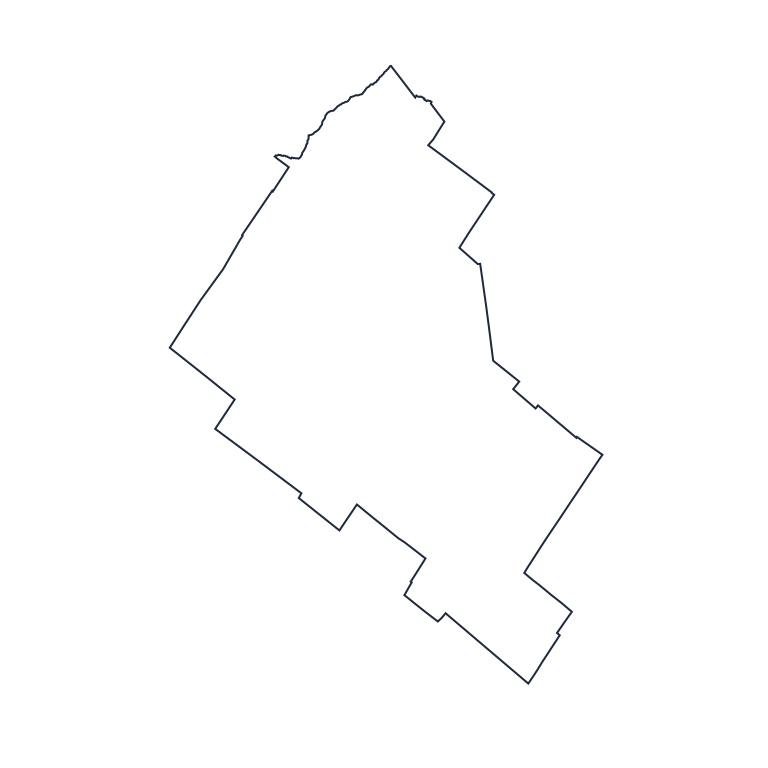 the district of Cañuelas, Buenos Aires, Argentina, rotated 353°
{"feature_id": "61730980B51566599298610", "entity_name": "Cañuelas", "entity_type": "district", "adm_level": 2, "iso_a3": "ARG", "parent_name": "Argentina", "parent_adm1": "Buenos Aires", "projection": "equal_earth", "projection_center": [-58.695, -35.156], "detail": "fine", "context": "isolated", "style": "outline", "palette": "slate", "viewbox_px": 768, "rotation_deg": 353, "n_neighbors": 0, "source": "geoboundaries", "source_scale": "gbopen_adm2", "svg_char_len": 5243}
<svg xmlns="http://www.w3.org/2000/svg" viewBox="0 0 768 768"><g transform="rotate(353 384 384)"><path d="M391.3,93.9L390.2,94.3L389.3,94.6L388.8,94.7L388.0,94.8L387.2,95.0L386.9,95.1L385.9,95.1L385.6,95.5L384.6,96.9L383.0,98.6L382.5,98.9L381.8,99.2L381.1,99.4L380.8,99.3L380.1,99.3L379.7,99.5L378.8,99.9L378.3,100.1L377.9,100.1L376.8,100.3L376.1,100.7L375.6,101.2L374.9,101.2L373.9,101.7L372.7,102.4L372.2,102.5L371.3,103.1L370.3,104.1L369.3,104.9L368.1,105.7L367.8,106.0L367.5,106.4L366.8,106.6L366.3,106.5L365.8,106.5L365.6,106.5L365.2,106.6L364.5,106.6L364.1,106.8L363.2,106.9L363.0,107.1L361.7,107.6L360.6,108.3L359.6,109.5L358.7,110.4L358.4,110.9L358.3,111.5L358.1,111.9L357.6,113.1L357.1,113.6L356.6,114.3L356.0,114.7L355.5,115.2L355.3,115.5L354.9,116.0L354.6,116.7L354.6,116.9L354.6,117.4L354.3,118.0L354.0,118.9L353.3,119.8L352.8,120.5L352.2,120.9L351.6,121.9L350.4,123.2L348.9,124.3L348.0,124.7L347.6,125.0L347.2,125.1L346.7,125.4L346.1,125.7L345.4,126.0L344.5,126.9L344.0,127.2L343.0,127.6L342.0,127.8L339.9,128.0L339.5,128.1L339.3,128.7L339.3,129.9L339.1,130.7L339.0,131.1L338.9,131.5L338.7,132.0L338.3,132.4L338.2,132.6L338.0,132.8L337.9,133.1L337.7,133.4L337.5,133.6L337.5,134.0L337.5,134.5L337.4,134.8L337.4,135.0L337.3,135.5L337.0,136.1L336.8,136.2L336.6,136.4L336.4,136.5L336.3,136.9L336.1,137.1L335.8,137.4L335.6,138.1L335.5,138.7L335.3,139.1L335.1,139.4L334.8,139.8L334.7,139.9L334.4,140.3L334.2,140.8L333.9,141.2L333.6,141.6L333.4,141.9L333.1,142.2L332.9,142.4L332.7,142.7L332.5,143.1L332.2,143.2L331.9,143.6L331.7,143.9L331.4,144.2L331.0,144.7L330.7,145.4L330.6,146.0L330.4,146.4L330.1,146.9L329.5,147.4L329.2,147.8L329.1,148.2L328.9,148.5L328.6,148.8L328.3,148.9L328.1,149.1L327.7,149.3L327.3,149.6L326.8,149.9L326.4,149.9L326.1,149.7L325.8,149.5L325.1,149.4L324.7,149.3L324.2,149.2L323.7,149.2L323.2,149.1L322.8,148.9L322.2,148.8L321.6,148.8L321.3,148.5L320.9,148.3L320.5,148.2L320.0,148.0L319.8,148.1L319.6,148.5L319.4,148.7L319.2,148.9L318.8,148.7L318.3,148.4L317.9,148.1L317.4,147.8L317.0,147.6L316.6,147.3L316.1,147.0L316.0,146.6L315.7,146.4L315.0,146.2L314.4,146.2L314.1,145.8L313.8,145.5L313.4,145.4L313.0,145.3L312.6,145.1L312.3,145.1L311.9,145.3L311.5,145.4L311.2,145.3L310.9,145.1L310.7,145.0L310.2,144.8L309.8,144.7L309.5,144.2L309.1,144.1L308.5,144.1L308.0,144.0L307.8,143.9L307.4,143.6L307.0,143.7L306.5,144.0L305.8,144.1L305.3,144.2L304.8,144.1L304.4,144.0L304.1,144.3L303.8,144.6L303.3,144.9L305.7,147.5L315.9,157.2L297.1,179.4L296.6,178.6L274.0,204.4L261.7,218.4L261.3,219.0L261.8,219.7L258.5,223.6L238.4,250.3L212.2,278.4L192.3,302.1L175.8,321.9L206.9,353.4L233.9,381.2L211.0,408.0L246.3,441.6L288.7,482.4L285.5,486.8L321.9,523.9L342.4,500.3L357.0,515.6L364.2,523.0L379.5,538.9L385.3,543.8L403.9,562.2L394.2,574.1L386.4,583.5L387.3,584.3L378.5,596.1L380.1,597.7L387.1,604.9L396.9,614.9L408.5,626.3L413.0,623.0L417.2,619.0L418.7,620.7L490.7,698.9L498.1,690.4L501.7,686.1L507.0,679.4L518.1,666.3L527.8,654.8L525.4,652.2L535.1,641.3L542.7,633.0L533.5,623.0L524.4,613.9L514.6,603.5L506.7,595.6L505.0,593.8L500.2,588.6L504.0,583.8L512.6,573.5L521.8,562.4L528.7,554.3L540.1,541.2L546.1,534.2L555.1,523.7L563.6,513.9L566.7,510.3L574.9,500.7L589.4,483.9L592.2,480.9L569.0,460.0L568.4,460.9L534.2,424.0L531.5,426.8L511.6,404.9L518.5,398.1L495.2,374.2L495.1,346.3L494.9,319.7L494.1,276.4L491.7,276.4L475.4,258.0L486.8,244.1L516.4,209.6L514.2,207.5L514.3,207.0L490.7,184.4L457.0,152.4L461.1,148.7L462.6,147.4L469.9,138.3L475.9,130.9L464.6,111.4L465.6,109.9L465.4,109.7L465.2,109.5L465.0,109.3L464.7,109.0L464.5,108.9L464.1,108.7L463.8,108.7L463.6,108.5L463.3,108.4L463.0,108.3L462.6,108.3L462.4,108.1L462.0,107.9L461.7,107.9L461.4,108.1L461.1,108.2L460.8,108.4L460.6,108.3L460.4,108.0L460.2,107.8L460.1,107.6L459.8,107.4L459.6,107.3L459.4,107.3L459.1,107.0L458.9,106.8L458.7,106.6L458.9,106.4L459.0,106.3L459.0,106.1L458.9,105.8L458.7,105.6L458.5,105.4L458.3,105.1L458.1,105.0L458.0,104.8L457.7,104.6L457.3,104.3L457.1,104.3L456.9,104.2L456.7,103.9L456.3,103.6L456.0,103.4L455.8,103.3L455.5,103.3L455.1,103.1L454.8,103.2L454.6,103.3L454.2,103.4L453.9,103.3L453.7,103.2L453.2,103.0L452.8,102.8L452.4,102.7L452.2,102.5L452.0,102.4L451.8,102.1L451.5,101.9L451.3,101.7L449.9,103.5L429.7,69.1L429.3,69.1L428.8,69.3L428.3,69.8L427.8,70.3L427.4,70.8L427.0,71.2L426.6,71.6L426.4,71.9L426.2,72.0L425.6,72.3L424.9,72.8L424.4,73.4L424.0,73.7L423.3,74.0L423.1,74.1L422.6,74.4L422.4,74.6L422.0,75.0L421.5,75.9L421.1,76.2L420.0,77.0L419.1,77.8L418.6,78.2L417.4,78.8L417.0,79.1L416.5,79.7L415.9,80.7L415.2,81.4L414.5,81.7L414.1,81.9L413.8,82.4L413.6,82.9L413.3,83.2L413.0,83.3L412.4,83.5L411.9,83.7L411.5,83.9L411.1,84.1L410.7,84.3L410.4,84.6L410.1,84.8L409.9,85.0L409.7,85.2L409.5,85.4L409.1,85.4L408.7,85.2L408.4,85.1L408.1,85.0L407.9,84.9L407.6,85.0L407.4,85.2L407.1,85.5L406.8,85.6L406.5,85.9L406.1,86.2L405.7,86.6L405.3,86.9L405.0,87.1L404.6,87.4L404.1,87.5L403.5,87.6L403.2,87.9L402.8,88.2L402.5,88.4L402.1,88.8L401.9,89.2L401.6,89.6L401.3,89.9L401.0,90.0L400.7,90.3L400.5,90.6L400.3,91.0L399.9,91.4L399.7,91.6L399.3,91.8L398.6,92.5L398.4,92.7L397.9,93.3L397.6,93.6L396.1,93.8L395.7,93.8L395.4,93.9L395.0,93.9L394.4,94.2L393.6,94.4L392.2,94.1L391.5,94.1L391.3,93.9Z" fill="none" stroke="#1e293b" stroke-width="2"/></g></svg>